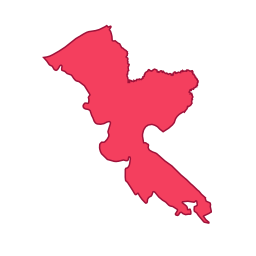 Don Mot Daeng, Ubon Ratchathani, Thailand, rotated 173°
{"feature_id": "78962969B4168813310505", "entity_name": "Don Mot Daeng", "entity_type": "district", "adm_level": 2, "iso_a3": "THA", "parent_name": "Thailand", "parent_adm1": "Ubon Ratchathani", "projection": "orthographic", "projection_center": [104.981, 15.398], "detail": "fine", "context": "isolated", "style": "filled", "palette": "rose", "viewbox_px": 256, "rotation_deg": 173, "n_neighbors": 0, "source": "geoboundaries", "source_scale": "gbopen_adm2", "svg_char_len": 5782}
<svg xmlns="http://www.w3.org/2000/svg" viewBox="0 0 256 256"><g transform="rotate(173 128 128)"><path d="M158.2,108.0L157.4,105.7L152.3,99.3L145.8,96.6L143.9,96.2L141.4,96.2L136.3,96.8L134.2,95.9L132.8,95.7L132.1,96.0L131.7,96.4L130.9,99.0L130.2,99.2L129.7,99.0L129.4,98.2L129.4,97.1L130.5,93.1L131.3,90.8L132.8,88.9L133.5,88.5L135.1,88.2L135.7,87.3L136.7,79.6L136.8,76.5L136.5,75.7L135.1,74.1L131.0,65.6L129.3,61.7L128.8,61.1L128.3,60.9L127.4,61.3L126.6,62.0L125.9,61.9L124.6,58.8L122.8,55.5L120.4,52.2L119.6,51.3L118.9,51.3L118.2,51.7L117.7,53.0L117.3,54.8L116.2,56.2L115.1,57.0L113.8,57.4L113.1,57.8L112.3,58.9L111.1,61.5L110.6,61.7L109.8,61.5L109.0,60.8L105.8,55.7L102.5,52.2L99.6,49.9L97.0,46.5L95.7,45.5L93.1,44.6L89.0,41.2L88.8,40.7L89.2,39.7L91.4,37.0L91.4,36.4L90.9,35.7L89.5,35.2L88.4,35.6L87.4,37.0L86.5,37.7L85.6,37.9L85.0,37.6L83.7,36.2L81.4,35.0L78.3,35.1L76.8,34.8L76.1,35.1L75.8,37.3L76.2,39.7L76.6,39.9L78.4,39.6L78.8,39.8L78.9,41.8L79.3,43.1L80.9,44.9L83.2,47.1L83.2,47.7L82.9,48.1L77.5,48.0L71.5,46.3L70.5,46.7L69.6,47.4L69.1,47.3L68.8,47.1L68.7,46.6L68.6,43.3L69.0,42.7L71.0,41.9L71.6,41.9L71.8,41.6L72.4,38.7L72.2,37.2L70.2,35.4L68.8,32.7L64.2,25.6L63.4,25.1L61.3,24.4L59.7,23.8L59.3,23.9L59.2,24.6L61.9,27.5L63.9,31.2L63.6,31.5L58.2,33.3L55.6,34.5L55.5,35.2L55.9,39.9L55.4,42.1L55.6,43.4L56.1,43.9L59.1,45.7L59.5,46.4L59.9,48.6L59.6,49.2L63.2,53.3L65.3,56.6L66.7,58.0L70.9,63.2L72.6,65.0L75.8,69.1L81.3,75.1L89.1,85.0L95.4,90.8L102.7,99.1L104.1,100.0L106.6,101.3L109.2,103.2L109.9,104.2L110.4,106.2L109.7,108.5L109.9,109.2L110.8,109.8L112.2,111.1L114.3,111.5L114.6,118.0L114.3,120.2L112.9,123.8L112.0,125.2L110.4,127.0L109.5,127.6L108.8,127.8L108.4,128.2L107.4,128.5L103.8,128.7L100.9,127.4L98.6,125.7L96.5,122.9L93.6,120.0L87.6,122.9L83.5,125.7L81.5,127.7L79.7,131.4L77.8,133.6L75.4,135.4L73.5,136.3L72.0,137.0L70.6,137.3L70.1,136.9L70.0,137.4L69.8,137.7L69.2,137.7L68.5,138.6L67.0,140.0L66.3,142.1L65.7,141.7L65.1,142.2L64.2,142.3L62.5,143.5L61.8,144.7L61.5,144.8L61.6,146.8L61.3,147.3L61.2,148.1L60.6,148.4L60.9,149.4L60.5,149.8L60.3,150.5L59.9,150.7L59.8,150.9L60.2,151.8L60.2,152.7L60.4,152.8L60.4,153.3L60.7,153.3L60.7,153.7L61.0,154.4L61.3,154.4L60.9,154.7L61.6,155.0L62.0,155.4L62.6,155.6L62.9,155.9L62.9,156.3L62.3,157.2L60.7,157.5L60.3,158.2L60.5,158.3L61.7,158.1L61.6,158.4L59.2,158.9L58.3,158.5L57.8,159.2L57.6,159.8L56.7,159.9L55.5,160.6L55.4,160.9L54.9,160.7L54.8,161.4L54.4,161.7L54.0,161.7L53.8,162.1L54.1,162.3L54.0,162.9L53.6,163.7L53.7,164.2L53.2,164.5L53.2,165.0L52.8,165.2L52.8,165.7L53.0,165.8L52.8,166.4L53.4,166.9L53.3,167.6L53.8,167.9L53.6,168.3L53.9,168.9L54.7,169.6L54.7,169.9L55.0,169.8L55.1,170.1L55.3,171.6L56.0,172.7L56.0,173.1L56.6,173.1L56.9,173.6L56.8,174.0L57.1,174.3L57.0,174.7L57.3,175.1L57.1,175.2L57.4,175.5L57.1,175.8L57.4,176.1L57.3,176.5L57.0,176.5L57.2,177.0L57.9,177.0L58.1,176.7L58.7,177.0L59.4,176.8L61.3,178.2L62.6,178.4L63.0,178.1L63.0,177.8L62.8,177.4L63.2,177.2L64.4,177.6L65.6,177.5L66.0,177.8L66.3,177.6L66.8,178.5L67.1,178.2L67.3,177.6L68.1,178.1L68.7,177.8L69.0,176.6L70.0,176.8L70.8,177.2L71.5,177.2L72.2,176.7L72.8,176.9L73.7,176.4L74.0,176.6L74.2,177.7L75.0,177.9L75.4,177.7L75.8,177.1L76.6,176.8L76.7,175.2L77.3,175.2L77.8,174.9L78.0,175.1L77.9,175.6L78.6,175.4L78.6,176.3L79.4,176.8L80.4,176.9L81.2,176.3L81.8,176.6L82.8,177.8L83.4,177.4L83.9,177.5L85.2,178.6L86.2,180.1L86.8,179.9L86.6,179.2L86.9,179.0L87.3,179.3L87.7,180.6L88.1,180.7L89.0,180.7L89.6,180.0L90.5,179.5L90.8,179.6L90.9,180.1L91.4,179.9L92.1,180.1L92.2,181.9L94.4,183.2L96.0,182.7L96.3,182.2L97.6,181.6L97.9,181.9L98.8,182.0L98.9,182.3L99.3,182.3L99.9,183.3L100.5,183.4L101.3,182.6L101.4,182.0L103.2,181.3L104.2,180.6L104.2,180.2L104.8,179.7L104.8,179.1L105.5,178.6L105.4,177.7L105.7,177.2L106.9,177.1L107.1,176.7L107.1,175.5L107.3,175.4L108.0,175.5L108.3,174.9L108.9,174.5L109.4,174.8L110.0,174.7L110.7,175.3L111.0,175.2L111.1,174.7L112.7,175.1L113.5,175.1L113.9,174.0L114.9,174.2L115.5,174.0L116.3,174.5L116.3,174.2L116.1,173.7L116.9,173.4L118.0,173.9L118.4,174.3L118.7,173.9L118.9,173.9L119.5,174.7L120.4,175.3L120.9,174.0L120.9,173.0L122.3,173.2L121.9,176.0L122.2,177.2L122.1,177.9L122.6,179.5L122.4,181.4L121.8,181.5L121.4,184.3L120.3,184.9L120.5,186.1L120.5,188.6L119.8,189.4L119.1,190.8L119.2,191.1L119.9,191.3L120.5,192.6L120.0,193.5L120.0,194.1L120.3,194.6L120.1,195.6L119.8,196.0L119.7,197.2L121.2,198.7L120.9,199.3L119.9,200.2L119.8,201.1L119.3,201.8L119.7,202.5L119.3,203.6L120.3,204.6L120.4,205.0L122.0,206.3L123.5,208.0L124.5,208.5L126.0,212.5L127.7,213.6L130.2,216.2L130.9,216.0L131.8,216.1L132.9,216.6L133.0,217.4L132.8,220.7L133.1,223.8L133.6,226.2L134.4,227.4L134.5,228.0L132.6,230.3L132.6,230.9L133.1,231.2L134.6,230.7L135.4,230.6L136.6,232.2L138.7,231.2L144.5,229.2L148.3,228.6L155.2,228.4L157.2,228.0L160.2,226.9L168.8,223.1L180.6,215.9L187.1,212.7L193.8,209.9L196.8,208.9L199.6,208.4L203.2,208.3L200.4,204.3L198.5,200.6L197.7,199.8L196.0,198.8L195.5,198.2L194.2,195.2L193.7,194.7L192.4,194.0L191.3,194.3L190.1,195.3L188.2,197.9L187.3,198.5L186.5,198.4L186.1,197.8L186.0,197.1L186.7,194.7L186.7,193.7L186.5,193.3L183.8,191.9L181.8,189.5L177.8,187.5L177.3,186.8L175.8,183.8L174.5,181.9L173.6,181.1L170.8,179.9L166.1,175.3L162.0,166.5L161.7,165.5L163.6,163.3L163.4,161.4L163.5,159.9L163.9,158.4L164.2,157.6L164.8,157.3L166.9,157.9L167.8,157.9L168.3,157.6L169.7,156.0L169.9,154.6L169.6,153.5L168.1,152.2L165.3,151.3L164.1,150.5L163.5,149.8L162.5,144.9L161.6,142.4L160.7,138.8L159.7,137.0L158.8,136.2L157.7,135.7L154.7,135.1L151.4,135.3L148.0,136.5L146.5,136.7L145.5,136.6L144.8,135.8L145.0,134.3L148.3,127.0L148.3,125.9L147.8,123.7L148.2,121.9L150.2,119.2L152.7,117.1L153.6,116.8L156.0,117.1L157.6,115.8L158.1,114.9L158.6,111.9L158.6,110.5L158.2,108.0Z" fill="#f43f5e" stroke="#9f1239" stroke-width="1.5"/></g></svg>